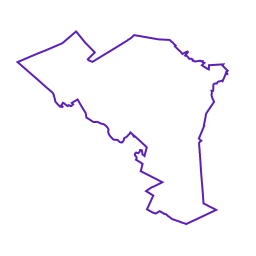 General Zuazua, Nuevo León, Mexico, rotated 265°
{"feature_id": "50627088B30603722268617", "entity_name": "General Zuazua", "entity_type": "district", "adm_level": 2, "iso_a3": "MEX", "parent_name": "Mexico", "parent_adm1": "Nuevo León", "projection": "albers", "projection_center": [-100.161, 25.925], "detail": "fine", "context": "isolated", "style": "outline", "palette": "violet", "viewbox_px": 256, "rotation_deg": 265, "n_neighbors": 0, "source": "geoboundaries", "source_scale": "gbopen_adm2", "svg_char_len": 5509}
<svg xmlns="http://www.w3.org/2000/svg" viewBox="0 0 256 256"><g transform="rotate(265 128 128)"><path d="M27.7,178.9L29.3,183.1L31.6,189.6L32.1,190.8L33.7,195.2L34.9,198.4L37.1,204.3L38.7,208.7L39.1,208.1L40.6,205.8L41.4,204.4L42.7,202.3L45.3,198.3L46.2,196.7L46.6,196.7L48.9,196.7L54.5,196.8L57.8,196.8L63.6,196.9L67.4,196.9L70.9,196.9L79.8,197.0L84.2,197.1L86.6,197.2L89.2,197.2L91.8,197.3L95.1,197.3L95.8,197.4L96.3,197.4L96.7,197.3L97.6,197.2L98.0,197.2L98.2,197.3L98.5,197.4L99.1,197.4L99.6,197.4L100.4,197.4L100.5,197.4L100.8,197.4L101.6,197.4L103.8,197.4L104.4,197.4L106.7,197.5L106.9,197.5L107.0,197.6L107.3,197.8L107.6,198.0L107.8,198.2L108.0,198.4L108.3,198.9L108.9,199.9L111.3,197.7L116.7,200.5L119.4,201.9L121.7,203.1L123.8,204.2L124.1,203.8L126.6,204.6L128.4,205.1L130.7,205.8L135.3,207.0L137.3,208.5L140.6,211.2L146.5,216.0L147.0,215.8L147.6,215.7L148.2,215.5L148.6,215.3L149.0,215.1L149.3,215.0L150.6,214.6L151.1,214.5L151.6,214.4L152.5,214.2L152.9,214.1L153.7,214.1L154.9,214.5L155.4,214.5L155.6,214.5L155.8,214.6L157.3,214.7L157.6,214.7L157.8,214.6L157.7,216.1L159.0,216.3L163.7,216.8L163.9,216.9L164.2,217.1L164.3,217.3L164.5,217.6L164.7,218.2L164.8,218.5L164.5,220.3L165.7,221.2L165.8,221.3L166.1,221.5L166.4,222.1L166.5,223.6L166.8,224.9L167.0,225.8L166.9,225.9L166.4,226.3L173.6,230.2L173.1,231.5L173.4,231.5L173.5,231.6L175.1,230.6L176.4,232.3L176.9,231.8L177.3,231.4L178.1,230.8L178.5,230.4L179.5,229.6L182.0,227.6L183.1,228.5L183.5,214.2L179.3,213.6L180.0,212.4L182.4,209.2L182.9,208.5L184.1,207.1L186.2,209.8L187.7,207.4L188.1,207.7L188.1,207.2L188.6,206.2L188.7,205.9L188.4,200.4L189.0,199.6L189.6,198.9L190.1,198.4L189.9,198.2L190.3,198.1L190.8,198.2L191.1,197.5L191.3,197.3L191.5,197.1L191.5,195.1L193.0,194.2L194.7,192.8L194.9,191.9L195.2,191.2L198.4,194.3L199.0,193.8L198.6,192.5L198.3,191.7L197.9,190.8L197.8,190.4L197.5,189.7L197.0,188.7L198.0,188.0L199.3,187.1L201.6,185.0L205.3,181.8L205.6,182.0L206.0,182.6L208.0,180.9L208.4,180.6L208.6,180.5L209.6,179.7L210.1,178.9L210.4,178.6L212.1,177.2L213.6,166.3L220.0,142.1L217.8,139.4L216.9,138.1L216.2,136.7L216.0,136.0L215.3,135.1L209.1,122.8L201.1,106.6L197.0,98.4L198.6,95.2L198.9,94.6L199.1,94.6L199.3,94.6L199.7,94.5L199.8,94.4L199.4,93.4L200.4,94.4L204.7,99.7L206.2,101.5L207.4,100.5L209.7,98.6L213.3,95.7L216.6,92.9L228.7,84.7L218.2,70.0L218.1,69.8L212.7,53.4L210.2,44.9L203.3,23.7L181.7,44.5L176.6,49.2L169.7,56.0L168.4,56.6L167.3,57.0L166.7,57.0L166.5,56.9L166.4,57.0L166.1,57.1L165.6,57.2L165.3,57.2L164.8,57.3L163.8,57.6L162.8,57.7L162.2,57.8L161.6,57.8L160.4,58.0L159.7,58.6L159.0,59.2L158.4,59.5L157.8,60.0L155.8,61.6L155.2,62.1L154.8,64.2L154.7,64.5L154.8,64.6L155.0,64.7L155.4,64.0L155.8,63.5L156.1,63.2L156.3,63.4L156.9,64.1L157.7,64.6L158.8,65.4L157.8,66.8L155.3,69.4L155.2,69.6L155.1,69.8L155.3,70.1L155.4,70.3L155.9,70.7L155.7,71.3L155.4,72.2L154.8,72.7L154.9,73.6L156.4,75.4L157.9,74.2L160.8,80.3L159.5,80.9L155.7,82.6L152.6,84.1L149.8,85.5L148.2,86.3L147.1,86.9L146.6,87.1L146.4,87.2L141.9,87.5L140.9,89.0L139.9,90.3L137.4,93.5L137.0,94.2L136.9,95.1L136.8,96.3L136.8,97.3L136.8,97.9L136.6,98.3L136.4,98.7L136.1,99.2L135.6,100.1L135.0,101.0L134.5,102.2L134.0,103.9L133.6,104.5L133.1,105.1L131.9,106.4L131.0,107.0L130.3,107.5L129.8,107.8L128.5,108.4L128.2,108.5L127.5,108.3L127.0,108.1L126.5,108.0L126.2,107.9L125.8,107.9L125.3,107.9L124.8,108.1L124.3,108.2L124.0,108.3L123.3,108.5L123.0,108.6L122.4,109.0L121.6,109.4L120.4,110.3L118.9,111.5L118.0,112.2L117.7,112.7L117.5,113.3L117.5,113.8L117.1,115.9L117.0,116.3L116.9,116.6L116.7,116.9L116.2,117.2L115.4,117.8L115.0,118.2L114.5,119.2L114.0,120.5L114.4,121.1L114.5,121.3L114.9,121.8L115.2,122.0L115.5,122.2L116.3,122.7L116.5,122.8L116.8,123.0L117.5,123.0L117.8,123.1L118.0,123.3L118.5,123.7L118.6,124.0L118.8,124.6L118.8,125.0L119.0,125.4L119.5,126.1L120.2,126.9L120.7,127.4L121.1,127.8L121.4,128.3L121.8,128.8L122.5,129.4L123.0,129.7L123.4,130.0L121.1,132.2L120.3,132.4L120.2,132.5L119.6,132.8L119.5,133.0L119.3,133.1L119.1,133.2L118.9,133.2L118.7,133.6L118.9,134.1L119.1,134.1L117.8,135.4L117.6,135.5L116.0,137.1L115.9,137.2L114.1,138.8L112.8,140.0L111.2,141.4L107.2,145.0L104.1,143.9L98.7,142.0L100.4,140.2L104.7,139.8L105.0,138.2L103.4,137.6L102.1,136.0L102.6,134.3L102.8,134.0L102.7,133.9L102.4,133.5L102.2,133.2L101.9,132.9L101.7,132.7L101.4,132.6L101.1,132.6L100.6,132.5L100.2,132.6L99.9,132.8L99.6,133.0L98.7,133.6L98.3,133.9L97.8,134.0L97.3,133.9L96.6,133.8L96.1,133.5L95.7,133.2L95.1,134.1L94.6,134.7L93.0,136.9L92.9,137.0L91.8,138.4L91.0,139.4L88.4,138.5L85.7,137.6L83.9,136.9L81.0,141.5L78.5,145.6L77.2,147.6L76.4,148.9L74.5,152.0L71.9,156.0L71.0,157.5L70.9,157.3L67.6,149.0L66.9,146.6L66.7,146.2L65.1,143.2L63.6,140.5L61.2,143.6L61.3,143.7L60.9,144.0L60.4,144.7L59.9,145.4L58.5,147.3L46.1,140.3L45.3,139.8L43.0,143.3L42.1,144.5L41.5,145.6L41.4,145.8L41.2,146.1L40.4,148.3L40.5,148.5L40.9,149.3L41.2,150.0L41.3,150.1L41.3,150.3L41.6,150.7L41.6,150.8L41.8,151.1L41.9,151.3L42.1,151.6L42.4,152.2L42.4,152.3L41.7,153.2L41.7,153.4L41.6,153.5L41.5,153.8L41.4,153.8L40.7,154.7L39.6,156.3L39.4,156.4L39.3,156.7L39.2,156.9L39.1,157.2L39.0,157.5L38.9,157.6L38.9,157.8L38.9,158.0L38.9,158.3L38.6,158.6L38.4,158.8L38.2,159.0L37.8,159.3L37.5,159.6L37.3,159.7L37.2,159.9L36.9,160.1L36.7,160.3L36.2,160.9L36.2,161.0L34.9,162.4L34.0,163.4L33.4,164.0L33.0,165.1L32.5,166.0L31.2,169.0L30.8,169.9L30.5,170.8L30.3,171.1L30.0,171.7L29.4,172.8L29.3,173.0L27.6,177.2L27.5,177.4L27.5,177.7L27.3,177.7L27.7,178.9Z" fill="none" stroke="#5b21b6" stroke-width="2"/></g></svg>